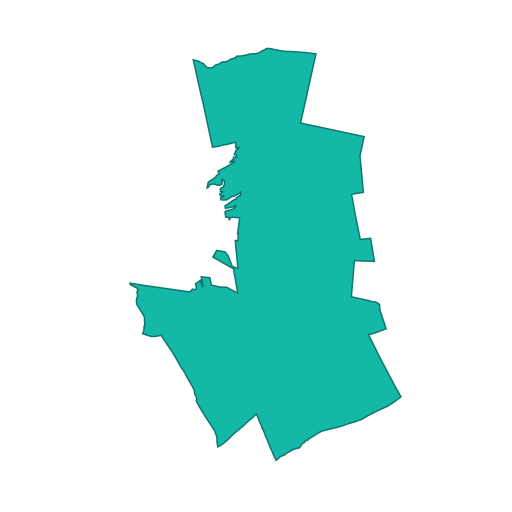 Munteni, Galati, Romania, rotated 259°
{"feature_id": "2599482B8174153692428", "entity_name": "Munteni", "entity_type": "district", "adm_level": 2, "iso_a3": "ROU", "parent_name": "Romania", "parent_adm1": "Galati", "projection": "orthographic", "projection_center": [27.478, 45.925], "detail": "fine", "context": "isolated", "style": "filled", "palette": "teal", "viewbox_px": 512, "rotation_deg": 259, "n_neighbors": 0, "source": "geoboundaries", "source_scale": "gbopen_adm2", "svg_char_len": 6062}
<svg xmlns="http://www.w3.org/2000/svg" viewBox="0 0 512 512"><g transform="rotate(259 256 256)"><path d="M460.4,231.8L444.9,232.3L425.3,232.8L417.2,233.2L371.1,234.1L370.8,241.5L371.2,243.6L371.1,249.2L371.4,254.0L371.5,257.5L370.6,257.7L368.5,257.2L366.2,256.9L365.8,259.1L365.4,260.3L364.9,259.4L364.5,257.7L363.6,257.7L363.5,256.9L363.6,256.5L362.9,256.2L362.3,255.6L361.3,255.7L360.9,255.4L360.8,254.4L359.3,254.2L359.2,255.8L357.7,256.3L356.7,256.4L357.3,252.7L356.1,253.0L352.8,247.7L353.4,252.8L352.5,253.1L348.9,242.9L346.6,235.0L343.3,235.3L342.5,232.6L341.1,231.4L338.7,225.9L337.7,223.3L332.2,220.9L332.1,221.5L332.5,222.1L334.8,224.5L334.9,227.4L333.7,230.6L333.0,231.2L332.9,232.2L332.3,233.8L333.2,236.5L337.5,237.1L337.7,237.8L336.1,237.5L336.2,238.5L336.2,239.1L335.2,239.4L334.8,239.1L334.0,239.2L333.1,239.0L331.5,238.1L329.9,236.8L329.0,233.8L327.6,233.8L326.2,233.4L325.5,235.4L323.7,232.3L322.7,232.2L321.7,232.8L321.4,235.6L320.3,235.6L319.9,232.6L319.6,232.2L318.6,232.2L318.0,232.2L317.0,235.1L317.2,237.3L316.6,237.4L317.8,240.9L318.6,243.0L318.9,243.7L318.9,245.5L319.5,248.3L319.7,248.7L319.7,249.0L320.3,249.3L320.3,250.7L320.7,251.9L321.9,253.2L321.8,253.5L319.8,252.7L319.1,252.7L318.6,252.4L317.0,247.9L315.7,247.6L315.6,245.7L314.3,242.7L311.1,235.1L308.7,235.1L308.5,241.6L308.8,243.9L309.3,246.0L309.1,246.0L308.8,245.8L308.3,245.2L307.3,244.5L307.3,244.3L307.0,243.3L306.5,242.5L306.3,241.9L306.3,241.3L306.3,240.2L305.8,239.0L306.1,237.9L306.2,237.0L305.8,235.1L305.6,234.4L305.3,234.1L303.5,233.8L300.9,233.8L299.8,233.7L299.7,234.2L299.8,234.7L299.6,235.2L299.4,235.7L299.0,235.8L298.8,236.2L298.7,236.9L296.7,236.7L296.6,237.2L298.6,237.5L298.5,238.5L298.5,240.4L298.3,241.5L297.9,242.8L297.7,243.5L297.3,244.3L297.0,245.5L296.8,247.3L281.3,242.1L281.1,242.9L274.5,241.2L275.1,238.6L247.2,235.9L250.3,230.7L255.3,229.8L261.4,228.7L265.9,226.5L269.0,218.5L263.9,214.1L263.1,213.5L247.3,232.0L246.9,231.7L246.4,231.6L244.6,231.3L238.9,231.3L234.6,231.2L223.0,231.0L231.2,220.9L231.9,216.1L235.9,206.6L243.5,206.6L246.0,198.3L236.4,198.5L236.2,197.2L242.8,196.8L240.2,191.3L235.1,191.4L234.5,189.2L235.3,188.3L235.6,187.2L234.1,185.4L233.8,184.9L233.3,184.3L248.5,140.4L253.4,127.2L252.0,127.1L247.6,132.5L246.6,133.3L245.6,133.8L244.4,132.8L242.8,132.2L242.3,132.2L241.6,132.3L240.8,132.4L240.1,132.1L238.9,132.1L237.8,131.2L237.0,130.8L235.5,130.2L233.4,129.9L231.2,129.8L225.5,131.9L219.7,134.1L218.2,134.6L217.5,134.8L216.8,134.7L214.7,134.4L212.2,134.0L211.2,133.9L208.6,133.7L208.9,133.1L208.1,132.7L207.4,132.4L206.6,132.4L205.4,132.0L204.7,131.7L204.0,131.5L203.4,131.2L203.2,131.0L202.5,130.5L202.2,130.3L201.7,130.1L201.4,129.9L197.7,136.4L197.2,137.5L197.0,137.9L196.8,138.4L196.7,139.0L196.6,139.6L196.5,140.3L196.3,142.3L196.2,148.1L195.9,148.1L195.6,148.1L194.8,148.3L179.8,154.6L173.2,157.1L172.9,157.3L162.1,160.8L154.3,164.1L153.1,164.1L138.6,169.1L135.6,169.8L133.9,169.6L132.9,169.5L130.8,169.9L130.2,170.2L127.5,170.6L126.8,170.7L126.0,169.8L124.4,170.0L121.3,170.7L117.8,172.0L106.6,176.2L97.1,180.1L94.8,181.1L93.8,181.5L92.8,181.8L91.9,182.1L90.3,182.4L87.8,182.7L85.6,183.1L82.3,182.5L80.2,182.1L79.0,182.2L75.9,182.1L76.8,184.8L76.9,185.3L78.5,188.7L79.0,189.6L80.4,192.1L80.8,192.9L82.0,194.7L84.3,198.2L85.2,199.3L86.7,202.0L88.3,205.1L91.7,211.1L95.9,217.8L97.6,221.1L98.1,222.1L99.8,224.4L100.8,226.3L97.2,227.1L93.7,227.6L90.7,228.4L88.4,228.9L86.8,229.0L84.7,229.4L84.8,229.8L79.5,230.7L77.5,231.0L74.0,231.8L65.5,233.4L60.8,234.6L58.6,234.9L51.6,236.7L52.7,238.8L54.4,241.4L55.3,246.5L56.0,247.1L58.1,252.9L58.4,254.2L58.9,254.9L59.0,255.2L59.1,257.3L59.1,258.2L59.5,260.1L59.2,261.2L59.8,262.5L60.6,263.5L62.8,265.2L63.7,267.9L64.1,268.2L64.4,268.4L64.9,269.2L65.3,270.3L65.3,271.4L66.7,273.7L70.7,284.4L71.5,287.5L71.8,291.5L72.0,296.0L72.2,300.2L72.1,300.5L72.5,305.1L73.1,310.4L73.8,314.6L74.3,321.3L74.8,324.2L75.0,325.2L75.3,327.9L76.4,331.2L77.9,335.3L81.3,347.3L83.4,356.5L84.4,358.8L87.0,365.2L90.1,371.4L98.9,368.5L131.6,358.5L157.5,351.4L157.4,354.8L158.0,359.5L159.7,369.8L179.0,367.4L180.0,367.4L184.8,368.0L187.1,366.0L188.4,363.7L189.0,361.1L190.4,358.8L197.8,341.8L232.7,351.7L228.1,371.2L251.5,371.9L252.3,361.5L276.9,361.3L298.4,361.6L298.0,373.5L334.6,377.2L352.5,384.9L378.0,325.1L423.2,344.8L443.0,353.4L445.7,345.2L448.3,336.0L449.9,330.0L451.2,324.3L451.6,323.0L451.8,322.3L451.9,321.7L453.1,318.5L453.9,316.2L454.3,315.9L454.4,315.5L454.6,315.3L454.7,314.9L454.9,314.0L455.9,311.9L456.5,310.4L457.2,308.6L457.5,307.5L457.5,306.4L457.5,305.6L457.4,305.1L457.1,304.6L456.8,303.7L456.6,303.1L456.6,302.6L456.4,301.9L455.9,300.4L455.3,298.8L454.9,297.6L454.7,296.2L454.7,295.6L454.6,295.0L454.6,294.4L454.6,293.9L454.7,292.8L455.0,291.9L455.2,291.1L455.3,290.0L455.4,288.0L455.2,286.5L455.2,285.8L455.1,282.9L455.1,281.7L455.2,279.3L455.2,279.0L455.3,278.6L455.4,278.2L455.4,277.9L455.5,277.5L455.5,277.1L455.7,276.6L455.8,276.1L455.8,275.7L455.6,275.1L455.4,274.4L454.8,274.3L454.6,273.2L454.4,271.8L454.1,270.9L454.1,270.0L454.1,269.8L454.0,269.2L453.8,268.1L453.4,267.3L452.9,265.6L452.5,264.6L452.4,264.2L452.5,263.2L452.6,262.5L452.6,262.1L452.6,261.7L452.8,261.2L452.8,260.9L452.7,260.6L452.7,260.3L452.8,260.0L452.8,259.6L452.7,259.3L452.5,259.0L452.4,258.8L452.4,258.3L452.1,257.8L452.0,257.4L451.6,256.7L451.5,256.1L451.3,255.4L451.3,254.7L451.4,254.1L451.4,253.6L451.2,252.9L451.0,252.4L450.9,252.2L450.5,251.5L449.9,250.6L449.5,250.0L449.3,249.4L449.2,249.1L449.3,248.3L449.3,247.6L449.4,247.2L449.7,246.2L449.8,245.6L449.9,245.3L450.0,244.8L450.1,244.4L450.4,243.8L450.8,243.4L451.0,243.3L451.4,243.3L451.6,243.2L451.9,242.8L452.2,242.6L452.5,242.4L453.4,241.8L454.1,241.5L454.6,241.3L454.9,241.0L455.3,240.7L455.7,240.0L456.1,239.0L456.4,238.5L456.6,238.2L456.9,238.1L457.4,237.9L457.7,237.6L457.9,237.4L458.0,236.9L458.2,236.5L458.4,236.1L458.7,235.8L458.9,235.5L459.1,234.9L459.3,234.6L459.5,234.2L459.8,233.8L459.8,233.4L459.8,233.0L459.8,232.8L460.1,232.5L460.2,232.1L460.4,231.8L460.4,231.8Z" fill="#14b8a6" stroke="#0f766e" stroke-width="1.5"/></g></svg>